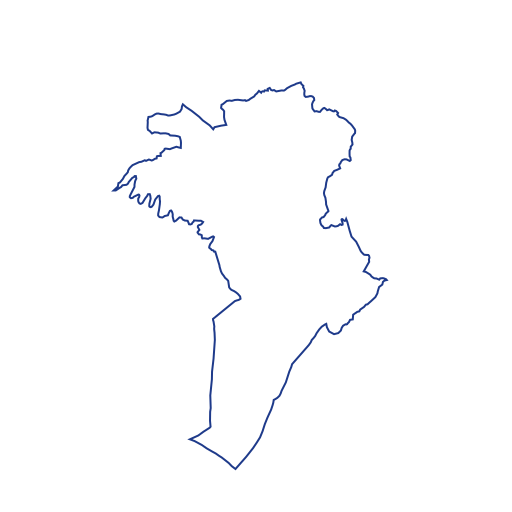 Los Reyes, Veracruz, Mexico, rotated 330°
{"feature_id": "50627088B91246987771554", "entity_name": "Los Reyes", "entity_type": "district", "adm_level": 2, "iso_a3": "MEX", "parent_name": "Mexico", "parent_adm1": "Veracruz", "projection": "orthographic", "projection_center": [-97.042, 18.672], "detail": "fine", "context": "isolated", "style": "outline", "palette": "blue", "viewbox_px": 512, "rotation_deg": 330, "n_neighbors": 0, "source": "geoboundaries", "source_scale": "gbopen_adm2", "svg_char_len": 6140}
<svg xmlns="http://www.w3.org/2000/svg" viewBox="0 0 512 512"><g transform="rotate(330 256 256)"><path d="M107.1,381.7L110.3,385.6L114.6,392.6L117.1,397.9L120.2,403.3L122.4,406.9L124.1,410.6L125.5,413.2L126.8,416.4L128.9,421.7L129.9,425.8L131.7,430.2L147.1,425.0L157.4,420.9L163.5,417.9L168.8,415.1L174.1,411.0L179.6,406.0L185.1,401.7L192.3,396.6L195.9,393.4L197.7,391.6L199.4,389.5L201.3,389.6L203.6,389.5L206.4,388.8L208.6,387.4L210.8,385.5L218.6,380.4L227.1,372.7L231.0,369.8L233.2,367.7L257.3,359.5L260.3,358.1L262.3,356.6L264.6,355.9L267.2,354.9L269.8,353.2L274.1,351.2L277.6,350.1L281.6,349.8L282.9,349.9L281.8,353.1L281.6,358.0L284.5,362.7L288.7,363.9L292.2,363.0L294.4,361.0L296.6,359.9L299.4,359.9L300.1,360.5L300.9,360.6L301.5,360.2L303.5,359.7L305.5,358.3L308.1,359.3L310.8,355.4L315.8,355.0L317.8,355.6L319.4,354.5L324.2,354.1L326.2,353.3L327.0,353.1L328.4,353.6L331.0,353.0L332.7,352.7L338.8,351.3L342.4,349.1L343.8,347.5L347.1,344.4L351.1,343.9L353.0,341.9L354.9,341.5L357.2,342.2L357.0,341.1L355.5,339.2L354.6,338.5L352.4,337.5L350.9,338.1L349.0,335.6L347.8,334.9L347.0,334.1L345.8,331.5L345.6,329.4L345.2,328.5L343.2,324.8L341.6,323.2L351.1,317.6L352.1,315.4L353.4,314.3L354.0,312.4L353.8,311.3L350.8,309.4L350.1,308.6L349.3,305.3L349.2,303.7L349.6,299.5L349.9,293.7L348.4,287.0L349.8,280.8L352.1,272.2L352.6,269.0L351.4,270.0L350.5,270.1L349.8,269.1L349.3,267.3L348.6,267.0L348.2,267.3L347.4,270.9L346.7,272.1L345.6,271.9L344.7,270.5L342.0,270.9L340.5,270.5L339.1,269.9L336.7,266.9L335.7,267.1L333.6,267.9L330.4,266.8L328.8,265.7L328.8,264.1L328.2,262.5L328.1,261.5L328.3,259.6L329.3,257.1L329.8,256.4L332.6,255.6L333.9,256.1L336.3,255.2L337.3,254.4L338.8,253.9L341.0,253.5L341.2,253.3L342.5,246.4L343.7,244.1L345.2,240.3L345.6,237.4L346.3,235.5L347.6,233.9L350.6,231.4L353.5,227.6L356.6,224.5L357.8,223.8L359.7,223.9L362.4,223.7L364.1,222.2L364.7,222.1L366.3,221.4L369.2,221.9L372.7,222.2L373.2,219.3L374.0,218.3L375.3,218.0L376.2,217.2L378.7,216.1L381.0,216.5L382.7,217.6L384.7,220.6L386.0,220.3L387.0,217.9L386.9,216.6L388.1,214.3L389.7,211.6L390.6,210.8L391.6,210.5L392.7,208.7L395.3,207.7L396.1,206.0L396.9,203.3L399.0,200.7L402.4,199.3L403.2,199.1L404.5,197.2L404.9,195.8L404.4,191.0L403.9,188.7L403.1,186.8L402.6,184.7L402.1,183.0L400.7,180.4L397.7,177.3L397.3,175.7L397.1,174.1L398.6,173.2L397.9,170.5L397.0,169.4L396.1,169.8L395.2,169.3L392.7,165.6L391.8,165.6L390.5,165.3L390.3,164.4L389.3,162.0L388.3,161.7L387.4,161.9L386.0,162.2L383.5,163.2L382.4,162.5L380.8,160.8L379.0,160.1L378.6,156.6L379.2,155.1L380.4,152.6L381.8,151.4L383.2,150.5L384.4,150.1L385.2,148.2L384.8,146.3L383.8,145.2L382.7,144.5L380.7,144.0L378.6,143.1L378.1,141.7L378.5,140.4L379.4,138.9L380.7,137.3L381.2,134.9L381.1,133.4L382.1,132.4L381.3,129.8L381.5,128.0L377.0,126.9L375.3,126.9L371.6,126.3L366.8,126.2L364.3,126.7L362.9,126.7L360.9,125.4L355.8,123.6L354.6,121.3L353.1,120.9L352.1,119.8L351.9,117.3L349.7,117.1L349.0,118.7L346.3,116.9L345.2,117.6L344.1,116.7L342.8,116.6L342.1,117.1L341.1,114.5L338.1,115.7L336.1,116.0L334.2,116.9L329.7,117.0L327.7,117.3L324.9,116.7L324.4,115.5L323.5,115.3L322.4,114.7L318.5,111.7L315.7,110.3L312.6,109.5L310.8,108.1L308.2,107.1L303.3,107.9L301.8,107.8L299.8,110.3L300.1,111.7L300.6,112.8L300.8,114.7L297.8,119.7L296.8,122.3L295.8,127.6L291.0,125.7L284.5,123.7L282.3,124.9L281.2,119.7L277.7,111.9L276.4,107.0L272.8,98.0L269.9,92.2L268.5,88.1L266.7,89.4L265.1,91.5L262.3,93.0L258.1,92.9L256.0,92.6L251.6,91.2L250.1,90.4L248.8,88.8L247.0,87.3L244.6,85.6L242.7,83.8L241.1,83.0L239.3,82.8L236.1,83.0L234.5,82.7L232.4,81.8L229.8,84.6L229.3,85.8L226.1,90.8L225.5,92.7L226.5,94.7L227.2,97.9L229.9,98.1L232.9,100.2L234.4,102.1L237.0,103.4L239.1,104.6L241.3,106.6L242.0,108.7L246.1,111.4L248.3,113.3L249.5,114.8L248.5,118.6L247.6,120.5L244.9,124.8L243.1,123.1L241.7,121.6L236.9,120.7L234.8,120.4L231.5,117.8L230.5,117.5L229.6,118.4L225.7,119.3L224.7,119.2L223.6,121.7L221.0,120.3L220.0,120.1L218.7,121.8L216.8,121.2L215.3,121.4L213.5,121.2L211.5,118.9L208.3,118.6L207.6,117.5L203.9,117.1L201.8,116.3L194.5,115.6L192.1,116.2L190.5,116.7L188.9,117.5L187.9,118.2L186.8,119.4L185.1,120.0L182.1,120.9L179.2,122.7L174.9,124.3L173.3,124.1L171.1,126.8L165.5,128.1L167.3,129.1L172.1,128.8L173.7,128.8L175.7,128.0L179.5,129.6L181.3,129.3L182.8,128.3L187.9,126.5L189.9,126.6L190.8,126.1L191.9,126.7L191.0,129.2L189.7,130.0L188.7,130.8L186.5,133.4L185.3,135.4L178.0,140.1L176.6,141.1L176.1,142.0L176.6,143.4L177.3,143.7L178.5,144.0L179.7,143.6L184.9,144.0L185.4,144.5L185.3,145.4L184.2,146.6L182.8,147.3L181.5,149.4L181.2,150.9L181.4,152.3L182.2,153.2L184.2,153.3L189.1,150.6L191.9,149.5L193.3,148.5L194.9,149.3L194.6,150.9L193.4,153.7L189.9,157.3L188.5,159.4L188.5,160.2L189.3,161.1L190.4,161.2L192.9,160.2L197.0,156.7L201.1,155.1L202.3,155.4L202.3,156.3L200.9,158.9L200.2,160.7L198.5,163.2L194.8,167.9L192.6,170.3L191.6,171.8L191.6,173.0L192.0,174.1L194.1,175.8L195.3,175.9L196.8,175.7L200.1,176.7L201.8,175.3L204.0,173.9L205.2,174.1L205.4,175.3L205.1,177.1L204.6,178.5L203.7,179.9L203.2,181.3L202.9,182.6L202.3,184.3L202.5,185.3L204.4,185.4L209.0,184.3L210.7,185.4L210.8,187.8L212.1,189.7L214.4,191.3L214.2,193.4L213.9,195.0L215.0,195.9L216.4,196.1L217.9,195.2L219.2,195.0L220.1,194.2L224.0,196.8L225.9,197.9L227.2,200.1L225.6,200.9L223.9,201.2L221.6,200.7L220.7,201.0L220.1,201.8L220.0,205.1L217.5,206.0L217.1,206.5L217.3,207.7L217.4,208.7L218.6,209.6L219.4,210.9L218.4,212.8L218.3,214.0L220.2,214.9L223.1,217.2L228.0,217.4L228.8,217.7L229.1,218.6L226.4,220.8L225.6,221.4L222.5,222.7L220.9,223.9L219.8,225.0L219.7,225.9L220.4,227.3L220.6,228.7L221.9,229.9L221.9,231.3L222.9,231.9L219.7,245.7L219.1,247.2L218.0,251.7L217.8,254.2L218.2,257.2L218.3,259.4L219.1,261.7L219.5,263.6L217.1,269.7L217.2,271.0L217.7,272.9L219.5,275.5L220.5,277.5L221.3,279.6L222.0,283.1L221.2,285.3L219.8,285.4L218.7,285.3L217.3,284.9L215.2,284.5L187.3,289.0L186.8,290.0L186.4,291.7L184.7,296.1L183.3,298.2L181.7,301.8L178.4,308.1L167.9,323.7L160.1,334.2L156.1,340.8L146.7,353.9L140.7,365.1L138.4,368.0L133.8,375.7L131.3,381.1L130.3,381.5L129.3,381.6L122.7,381.9L116.3,382.6L107.1,381.7Z" fill="none" stroke="#1e3a8a" stroke-width="2"/></g></svg>